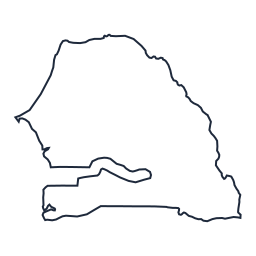 map outline of Senegal (Natural Earth projection)
{"feature_id": "SEN", "entity_name": "Senegal", "entity_type": "country or territory", "adm_level": 0, "iso_a3": "SEN", "parent_name": "Africa", "parent_adm1": "", "projection": "natural_earth1", "projection_center": [-14.381, 14.503], "detail": "fine", "context": "isolated", "style": "outline", "palette": "slate", "viewbox_px": 256, "rotation_deg": 0, "n_neighbors": 0, "source": "natural_earth", "source_scale": "50m", "svg_char_len": 2890}
<svg xmlns="http://www.w3.org/2000/svg" viewBox="0 0 256 256"><path d="M207.5,114.9L210.9,121.8L210.2,125.1L209.4,130.0L211.4,133.5L213.7,135.8L215.3,137.9L217.1,140.8L217.4,146.5L217.1,150.7L218.3,152.6L219.3,154.9L219.1,156.9L218.4,158.7L216.2,161.0L215.9,165.3L219.5,170.6L221.8,173.4L221.7,175.0L222.4,176.8L224.1,178.9L225.1,178.4L226.2,176.7L226.8,175.5L229.8,176.1L231.3,176.6L233.2,180.0L234.0,182.3L234.5,185.1L236.5,188.7L238.3,191.2L238.7,192.8L240.3,194.9L239.3,199.6L239.4,202.0L238.4,208.4L238.1,211.4L238.2,212.5L240.6,214.7L240.4,217.9L237.9,217.4L233.6,217.0L225.0,218.7L222.1,218.0L216.4,218.2L212.4,219.1L207.3,221.2L203.4,220.7L201.2,219.1L198.4,219.2L195.2,218.3L191.9,216.7L188.8,215.9L185.4,213.0L183.9,212.5L182.8,213.2L181.9,214.2L180.9,214.8L179.1,214.3L178.4,212.3L179.0,210.4L179.1,208.9L178.3,208.1L176.2,207.9L173.0,207.9L167.7,207.3L166.4,206.9L154.6,206.4L142.3,206.3L131.9,206.3L118.7,206.2L109.4,206.2L100.8,206.1L94.1,210.0L86.9,214.3L77.2,216.5L66.0,215.7L62.5,216.3L58.8,218.1L56.1,219.5L52.2,220.3L47.2,219.7L45.2,220.1L44.0,218.1L42.6,215.0L43.5,212.7L46.5,211.3L51.1,209.4L53.4,210.3L54.8,210.4L55.1,209.2L54.7,208.5L51.2,206.8L49.4,204.6L48.0,205.9L46.7,208.6L45.6,209.4L44.1,210.2L43.2,208.3L42.8,206.6L43.5,205.2L43.2,197.4L43.6,193.3L43.4,189.7L45.6,187.3L47.6,185.8L55.6,185.7L63.0,185.6L70.2,185.7L77.4,185.7L78.2,178.5L80.5,177.9L83.9,177.2L90.4,176.3L97.5,175.5L99.1,174.1L100.3,171.7L101.0,169.5L102.5,168.6L104.5,169.3L107.1,170.5L109.8,172.2L113.0,173.8L115.0,174.8L120.0,177.4L128.6,180.9L135.6,182.3L144.1,179.7L150.2,178.1L151.0,175.0L150.0,171.9L145.5,169.2L139.3,169.5L137.4,170.2L134.5,171.1L132.7,171.5L129.8,170.9L126.1,168.5L123.7,166.0L120.5,164.9L116.6,163.8L110.4,158.8L107.1,157.9L104.1,157.7L98.2,158.6L92.4,161.3L89.4,167.3L83.6,167.2L71.4,167.0L60.1,166.9L50.8,167.3L49.9,162.9L47.7,159.4L44.1,156.4L43.4,153.7L44.6,151.3L48.0,149.3L48.8,147.9L47.0,148.1L44.3,149.4L42.5,149.4L42.3,145.6L39.2,140.7L35.9,132.3L32.0,128.9L28.8,122.2L25.4,119.6L22.3,118.4L19.6,118.6L18.7,121.7L15.4,117.3L19.9,115.7L29.6,110.1L40.7,94.2L50.7,75.3L52.1,70.8L53.3,67.4L54.1,59.7L55.5,55.1L56.9,54.3L58.6,50.7L60.6,44.6L62.9,41.1L65.5,40.4L67.5,40.7L69.0,42.0L73.2,42.8L80.1,43.1L85.5,42.2L89.3,40.0L94.3,38.9L100.4,38.9L103.7,38.0L104.0,36.3L104.8,35.7L106.1,36.4L107.3,36.1L108.5,34.9L109.6,34.8L110.7,35.9L115.9,36.2L125.1,35.8L133.6,39.0L141.5,45.9L145.5,50.6L145.8,52.9L147.1,55.2L149.4,57.6L151.5,58.0L153.5,56.5L155.0,56.7L156.1,58.5L158.3,58.8L160.8,57.7L162.6,58.1L162.9,59.2L163.3,59.7L164.5,60.0L166.1,61.4L168.4,65.0L170.3,70.2L171.7,76.7L173.6,80.3L175.9,80.9L177.3,82.3L177.5,83.8L178.2,84.9L179.4,85.5L181.3,85.1L183.7,87.3L186.2,92.2L186.6,94.3L186.2,95.5L186.3,96.4L188.0,97.2L189.5,98.8L190.8,101.1L193.6,103.2L197.8,105.1L200.9,107.8L202.8,111.5L206.7,114.6L207.5,114.9Z" fill="none" stroke="#1e293b" stroke-width="2"/></svg>